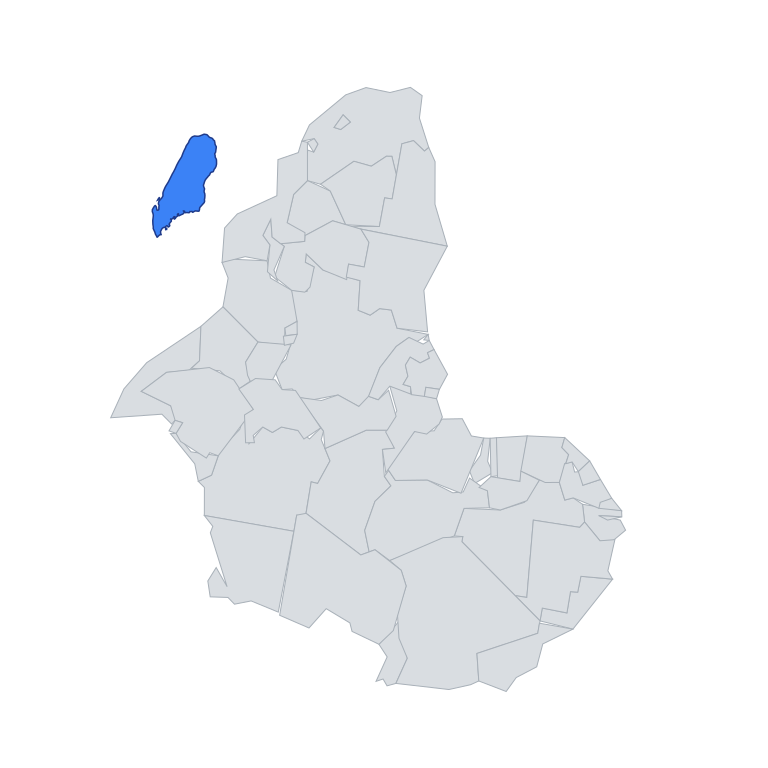 Madagascar highlighted on a map of Africa, rotated 190°
{"feature_id": "MDG", "entity_name": "Madagascar", "entity_type": "country or territory", "adm_level": 0, "iso_a3": "MDG", "parent_name": "Africa", "parent_adm1": "", "projection": "mercator", "projection_center": [46.989, -18.825], "detail": "fine", "context": "in_parent", "style": "filled", "palette": "blue", "viewbox_px": 768, "rotation_deg": 190, "n_neighbors": 49, "source": "natural_earth", "source_scale": "50m", "svg_char_len": 13407}
<svg xmlns="http://www.w3.org/2000/svg" viewBox="0 0 768 768"><g transform="rotate(190 384 384)"><path d="M515.4,403.4L556.0,432.0L555.9,461.3L564.6,475.6L558.5,480.1L520.5,485.0L514.2,468.6L491.2,460.2L482.6,446.2L480.5,430.6L491.3,421.9L488.8,404.8L515.4,403.4Z" fill="#d9dde1" stroke="#a8b0b8" stroke-width="1"/><path d="M189.2,177.8L189.2,190.8L164.1,190.3L164.3,211.9L157.1,212.6L156.7,228.8L125.0,231.5L155.4,175.4L189.2,177.8Z" fill="#d9dde1" stroke="#a8b0b8" stroke-width="1"/><path d="M480.5,430.6L491.2,460.2L475.9,461.7L473.1,487.1L482.6,490.1L483.2,498.6L463.8,485.6L425.5,481.6L422.2,452.1L409.6,449.4L401.4,457.5L389.6,458.1L380.8,441.2L349.1,440.5L359.9,430.6L367.5,434.2L378.4,423.2L390.9,399.4L397.8,363.9L404.9,357.5L427.4,365.2L452.2,355.8L465.4,356.0L473.5,363.2L483.4,360.8L494.5,379.2L484.6,391.5L480.5,430.6Z" fill="#d9dde1" stroke="#a8b0b8" stroke-width="1"/><path d="M574.3,409.0L569.7,374.8L578.5,363.6L600.2,357.7L621.8,334.6L590.3,325.5L581.7,314.7L586.2,307.7L597.5,315.7L647.3,303.3L639.3,334.0L621.4,363.8L574.3,409.0Z" fill="#d9dde1" stroke="#a8b0b8" stroke-width="1"/><path d="M556.0,432.0L515.4,403.4L524.1,381.5L516.2,363.5L526.1,353.9L547.8,368.5L576.4,366.1L569.7,374.8L574.3,409.0L556.0,432.0Z" fill="#d9dde1" stroke="#a8b0b8" stroke-width="1"/><path d="M443.9,332.9L438.1,329.5L435.4,327.2L436.2,318.4L423.8,298.9L432.1,274.5L438.7,275.0L438.4,239.7L447.2,239.7L447.2,223.3L538.1,223.3L542.9,250.9L550.0,255.9L538.0,264.3L533.6,291.2L518.2,314.2L516.0,329.3L506.6,301.6L495.9,320.6L485.5,316.9L477.6,323.8L460.7,323.3L447.8,317.0L438.7,329.8L443.9,332.9Z" fill="#d9dde1" stroke="#a8b0b8" stroke-width="1"/><path d="M438.3,243.1L438.7,275.0L432.1,274.5L423.8,298.9L430.9,310.2L393.4,335.5L372.8,339.1L362.6,322.6L374.2,319.3L367.6,293.1L359.5,284.9L372.5,266.9L377.6,236.5L369.5,216.1L377.2,211.6L438.3,243.1Z" fill="#d9dde1" stroke="#a8b0b8" stroke-width="1"/><path d="M381.0,624.7L384.6,620.4L397.2,628.8L408.1,623.7L408.1,592.0L415.8,609.6L421.2,608.7L434.3,596.3L452.3,598.1L481.2,569.7L494.7,571.0L500.3,588.7L499.6,601.1L493.5,600.2L490.8,608.8L495.4,613.5L507.2,608.8L502.4,626.2L471.9,662.1L453.2,672.8L428.7,672.1L409.5,680.7L396.5,674.6L395.3,652.0L381.0,624.7ZM477.7,628.0L470.8,627.1L462.6,636.1L471.0,642.0L477.7,628.0Z" fill="#d9dde1" stroke="#a8b0b8" stroke-width="1"/><path d="M477.7,628.0L471.0,642.0L462.6,636.1L470.8,627.1L477.7,628.0Z" fill="#d9dde1" stroke="#a8b0b8" stroke-width="1"/><path d="M494.7,571.0L470.4,564.7L449.3,534.2L462.9,535.8L487.6,516.4L507.4,526.0L505.9,555.0L494.7,571.0Z" fill="#d9dde1" stroke="#a8b0b8" stroke-width="1"/><path d="M481.2,569.7L452.3,598.1L434.3,596.3L421.2,608.7L415.8,609.6L408.1,592.0L408.1,567.7L415.7,567.4L415.9,538.3L449.3,534.2L470.4,564.7L481.2,569.7Z" fill="#d9dde1" stroke="#a8b0b8" stroke-width="1"/><path d="M408.1,567.7L408.1,623.7L397.2,628.8L384.6,620.4L381.0,624.7L372.3,611.8L365.0,569.8L345.6,530.7L447.8,532.9L415.9,538.3L415.7,567.4L408.1,567.7Z" fill="#d9dde1" stroke="#a8b0b8" stroke-width="1"/><path d="M127.7,291.0L120.7,282.0L132.3,268.3L144.1,267.1L162.5,282.9L167.6,300.0L128.0,300.5L126.7,294.5L149.7,291.7L127.7,291.0Z" fill="#d9dde1" stroke="#a8b0b8" stroke-width="1"/><path d="M167.6,300.0L162.5,282.9L166.4,276.8L213.3,275.9L206.3,198.6L218.0,198.4L279.9,242.2L279.9,247.4L288.4,246.6L283.6,275.4L247.6,280.1L225.1,291.9L214.4,316.2L194.2,317.5L185.8,301.1L177.9,304.7L167.6,300.0Z" fill="#d9dde1" stroke="#a8b0b8" stroke-width="1"/><path d="M125.0,231.5L156.7,228.8L157.1,212.6L164.3,211.9L164.1,190.3L189.2,190.8L189.2,177.8L218.0,198.4L206.3,198.6L213.3,275.9L166.4,276.8L162.5,282.9L144.1,267.1L129.6,270.8L131.1,238.9L125.0,231.5Z" fill="#d9dde1" stroke="#a8b0b8" stroke-width="1"/><path d="M276.4,348.1L270.0,349.0L268.5,325.9L261.7,315.5L277.6,301.7L284.8,313.4L276.6,330.7L276.4,348.1Z" fill="#d9dde1" stroke="#a8b0b8" stroke-width="1"/><path d="M369.5,216.1L377.6,236.5L372.5,266.9L359.5,284.9L367.6,293.1L364.4,299.7L356.0,291.0L324.8,297.0L297.4,288.8L287.2,291.5L283.4,306.2L263.6,296.8L258.6,280.4L283.6,275.4L288.4,246.6L347.7,211.1L364.1,219.2L369.5,216.1Z" fill="#d9dde1" stroke="#a8b0b8" stroke-width="1"/><path d="M276.4,348.1L289.2,289.8L324.8,297.0L356.0,291.0L367.4,302.8L345.7,342.5L326.5,346.6L320.9,359.5L300.9,363.4L288.9,348.0L276.4,348.1Z" fill="#d9dde1" stroke="#a8b0b8" stroke-width="1"/><path d="M366.8,296.8L374.2,319.3L362.6,322.6L374.0,337.0L366.7,359.8L377.9,382.9L329.7,378.6L320.8,361.6L322.8,354.1L333.3,342.1L345.7,342.5L366.8,296.8Z" fill="#d9dde1" stroke="#a8b0b8" stroke-width="1"/><path d="M262.6,311.3L270.0,349.0L263.9,350.6L255.4,313.6L262.6,311.3Z" fill="#d9dde1" stroke="#a8b0b8" stroke-width="1"/><path d="M255.9,311.2L263.9,350.6L233.9,357.8L233.2,311.6L255.9,311.2Z" fill="#d9dde1" stroke="#a8b0b8" stroke-width="1"/><path d="M194.2,317.5L208.2,315.0L234.1,321.9L233.9,357.8L196.7,362.6L197.8,352.3L189.9,346.5L194.2,317.5Z" fill="#d9dde1" stroke="#a8b0b8" stroke-width="1"/><path d="M150.8,298.9L177.9,304.7L185.8,301.1L194.2,317.5L192.3,337.0L185.2,339.9L181.0,330.4L175.3,331.9L170.6,318.8L154.3,327.6L139.9,311.0L150.8,298.9Z" fill="#d9dde1" stroke="#a8b0b8" stroke-width="1"/><path d="M128.0,300.5L150.8,298.9L150.5,305.0L139.9,311.0L128.0,300.5Z" fill="#d9dde1" stroke="#a8b0b8" stroke-width="1"/><path d="M191.1,337.1L189.9,346.5L197.8,352.3L196.7,362.6L168.1,344.0L177.4,331.5L185.2,339.9L191.1,337.1Z" fill="#d9dde1" stroke="#a8b0b8" stroke-width="1"/><path d="M154.3,327.6L170.6,318.8L177.4,331.5L168.1,344.0L154.3,327.6Z" fill="#d9dde1" stroke="#a8b0b8" stroke-width="1"/><path d="M214.4,316.2L223.0,293.9L247.6,280.1L258.6,280.4L263.6,296.8L272.4,298.6L262.6,311.3L233.2,311.6L234.1,321.9L214.4,316.2Z" fill="#d9dde1" stroke="#a8b0b8" stroke-width="1"/><path d="M465.4,356.0L442.7,356.9L427.4,365.2L404.9,357.5L397.1,369.2L387.0,367.5L378.4,378.7L366.5,354.3L372.8,339.1L393.4,335.5L430.9,310.2L435.4,327.2L465.4,356.0Z" fill="#d9dde1" stroke="#a8b0b8" stroke-width="1"/><path d="M397.1,369.2L390.9,399.4L378.4,423.2L367.5,434.2L352.4,430.1L347.0,434.7L340.7,426.6L346.6,422.4L343.7,417.3L352.1,411.0L362.9,415.0L366.2,406.3L361.8,395.8L365.1,386.9L357.5,386.0L355.9,378.7L377.9,382.9L387.0,367.5L397.1,369.2Z" fill="#d9dde1" stroke="#a8b0b8" stroke-width="1"/><path d="M342.1,378.8L355.0,378.3L357.5,386.0L365.1,386.9L361.8,395.8L366.2,406.3L362.9,415.0L352.1,411.0L343.7,417.3L346.6,422.4L340.7,426.6L323.1,404.6L328.5,388.4L342.2,388.0L342.1,378.8Z" fill="#d9dde1" stroke="#a8b0b8" stroke-width="1"/><path d="M329.7,378.6L342.1,378.8L342.2,388.0L328.5,388.4L329.7,378.6Z" fill="#d9dde1" stroke="#a8b0b8" stroke-width="1"/><path d="M491.2,460.2L510.3,470.6L506.1,502.2L510.2,504.2L486.9,510.7L487.6,516.4L462.9,535.8L433.6,532.5L423.4,520.9L423.8,495.8L439.7,495.9L438.9,480.3L463.8,485.6L483.2,498.6L482.6,490.1L473.1,487.1L473.7,466.6L477.9,460.7L491.2,460.2Z" fill="#d9dde1" stroke="#a8b0b8" stroke-width="1"/><path d="M506.7,467.1L518.3,474.3L520.5,501.1L529.1,509.3L524.1,526.7L519.7,509.3L506.1,502.2L512.2,477.2L506.7,467.1Z" fill="#d9dde1" stroke="#a8b0b8" stroke-width="1"/><path d="M520.5,485.0L542.8,485.3L564.6,475.6L568.1,509.9L558.0,526.0L522.2,550.8L527.4,586.6L508.6,597.0L507.2,608.8L501.4,608.8L494.7,571.0L505.9,555.0L507.4,526.0L488.1,519.3L486.9,510.7L510.2,504.2L519.7,509.3L524.1,526.7L529.1,509.3L520.5,501.1L520.5,485.0Z" fill="#d9dde1" stroke="#a8b0b8" stroke-width="1"/><path d="M501.4,608.8L495.4,613.5L490.8,608.8L493.5,600.2L501.4,608.8Z" fill="#d9dde1" stroke="#a8b0b8" stroke-width="1"/><path d="M347.0,434.7L352.5,434.4L349.1,440.5L347.0,434.7ZM350.1,442.9L380.8,441.2L389.6,458.1L401.4,457.5L409.6,449.4L422.2,452.1L425.5,481.6L439.7,482.7L439.7,495.9L423.8,495.8L423.4,520.9L433.6,532.5L345.6,530.7L361.0,483.2L350.1,442.9Z" fill="#d9dde1" stroke="#a8b0b8" stroke-width="1"/><path d="M489.1,414.6L491.3,421.9L480.5,430.6L478.1,417.9L489.1,414.6Z" fill="#d9dde1" stroke="#a8b0b8" stroke-width="1"/><path d="M126.7,294.5L140.2,288.8L149.7,291.7L126.7,294.5Z" fill="#d9dde1" stroke="#a8b0b8" stroke-width="1"/><path d="M328.4,152.3L313.4,118.0L320.3,91.2L328.6,87.3L333.7,93.3L340.2,89.8L333.5,115.8L343.8,126.8L328.4,152.3Z" fill="#d9dde1" stroke="#a8b0b8" stroke-width="1"/><path d="M189.2,177.8L189.3,165.2L245.7,134.8L239.1,108.0L246.5,102.9L267.0,94.4L320.3,91.2L313.4,118.0L325.1,136.2L330.9,160.1L327.1,188.9L334.7,203.5L347.7,211.1L299.2,242.9L279.9,247.4L279.9,242.2L189.2,177.8Z" fill="#d9dde1" stroke="#a8b0b8" stroke-width="1"/><path d="M534.8,284.5L538.0,264.3L550.0,255.9L556.5,272.5L585.7,298.0L580.2,299.3L562.3,283.7L534.8,284.5Z" fill="#d9dde1" stroke="#a8b0b8" stroke-width="1"/><path d="M155.4,175.4L182.5,155.6L184.5,132.0L202.8,117.9L210.3,102.4L239.1,108.0L245.7,134.8L189.3,165.2L189.4,175.4L155.4,175.4Z" fill="#d9dde1" stroke="#a8b0b8" stroke-width="1"/><path d="M538.1,223.3L447.2,223.3L448.5,141.0L477.2,147.3L493.0,141.2L500.6,146.7L518.2,144.2L523.3,159.4L517.4,174.1L503.3,157.1L529.2,207.3L527.9,214.1L538.1,223.3Z" fill="#d9dde1" stroke="#a8b0b8" stroke-width="1"/><path d="M446.6,138.1L447.2,239.7L438.3,243.1L377.2,211.6L364.1,219.2L334.7,203.5L327.1,188.9L332.0,142.8L343.8,126.8L372.5,134.8L376.1,142.8L401.9,152.7L415.5,130.7L446.6,138.1Z" fill="#d9dde1" stroke="#a8b0b8" stroke-width="1"/><path d="M621.8,334.6L600.2,357.7L558.8,369.9L532.7,362.0L508.2,336.3L534.8,284.5L543.7,286.1L546.1,280.2L574.4,292.1L580.2,299.3L575.6,310.9L583.4,311.9L590.3,325.5L621.8,334.6Z" fill="#d9dde1" stroke="#a8b0b8" stroke-width="1"/><path d="M580.2,299.3L587.6,300.5L583.4,311.9L575.6,310.9L580.2,299.3Z" fill="#d9dde1" stroke="#a8b0b8" stroke-width="1"/><path d="M515.4,403.4L482.3,406.4L495.1,367.1L516.2,363.5L519.9,368.9L524.1,381.5L515.4,403.4Z" fill="#d9dde1" stroke="#a8b0b8" stroke-width="1"/><path d="M488.8,404.8L491.4,413.6L478.1,417.9L480.1,408.5L488.8,404.8Z" fill="#d9dde1" stroke="#a8b0b8" stroke-width="1"/><path d="M491.9,369.2L483.4,360.8L470.1,362.3L438.7,329.8L453.3,315.9L460.7,323.3L477.6,323.8L485.5,316.9L495.9,320.6L503.9,310.7L501.4,303.7L510.1,302.1L516.0,329.3L508.2,336.3L526.1,353.9L511.5,367.1L491.9,369.2Z" fill="#d9dde1" stroke="#a8b0b8" stroke-width="1"/><path d="M635.2,492.1L635.6,492.9L636.0,493.7L637.3,495.6L637.8,496.3L638.3,497.1L638.5,498.7L639.3,501.1L640.1,504.7L640.3,508.5L640.5,510.2L641.1,511.8L642.1,513.5L642.4,515.4L641.8,517.3L641.0,519.2L640.8,519.5L640.3,520.0L640.2,520.0L639.5,519.5L638.9,518.7L638.2,516.9L637.9,516.0L637.6,515.8L636.8,515.9L636.2,516.5L636.1,516.8L636.2,517.9L636.4,518.8L636.5,519.7L636.5,520.9L636.8,521.3L637.1,521.6L637.5,522.3L637.5,524.2L637.3,525.1L636.7,525.9L636.7,526.3L637.0,526.8L636.8,527.1L636.0,527.4L635.6,527.7L635.2,528.5L634.5,530.2L634.4,531.1L634.9,533.7L634.7,535.5L633.9,539.0L633.4,540.7L632.6,542.7L631.5,545.4L630.5,548.7L629.5,552.1L628.9,554.2L628.1,556.3L627.0,559.9L626.1,563.6L624.8,567.6L622.9,572.2L622.7,572.8L622.3,575.1L621.9,577.1L621.4,579.2L620.4,582.5L620.3,583.5L620.0,584.5L619.0,586.6L618.6,587.4L618.3,588.2L618.2,589.3L617.9,590.3L617.1,592.2L616.0,593.8L615.3,594.4L613.7,595.3L612.9,595.4L611.1,595.5L609.3,595.9L607.5,596.9L605.7,598.0L605.1,598.5L604.3,598.8L602.0,598.8L601.3,598.6L599.0,596.8L598.1,596.5L596.4,596.3L595.9,596.1L595.4,595.9L594.7,595.0L593.4,594.2L593.1,594.0L592.9,593.4L592.7,592.8L592.4,592.2L592.1,591.0L591.6,590.1L590.4,588.6L590.3,588.1L590.2,586.5L590.2,585.4L590.1,583.4L590.2,582.5L590.7,581.6L590.5,580.7L590.0,579.8L589.8,578.8L589.5,577.9L588.2,576.3L587.9,575.5L587.7,574.7L587.2,572.1L587.1,571.2L587.2,569.3L587.4,568.4L587.7,567.7L587.8,567.2L588.0,566.8L588.3,566.4L588.5,566.0L589.0,563.6L589.6,563.1L590.5,562.8L591.3,562.2L591.7,561.3L592.1,559.6L593.3,557.9L593.7,557.0L594.6,555.6L595.5,553.7L595.7,552.8L595.9,551.9L596.1,549.9L596.3,548.9L596.2,547.9L595.7,546.8L594.6,545.0L594.6,544.7L594.7,543.3L594.6,542.3L594.2,541.3L593.6,540.4L593.1,538.6L592.8,535.8L592.9,534.7L592.7,533.8L592.4,532.9L592.6,531.4L596.0,525.9L596.1,525.3L596.0,523.6L596.1,522.6L596.2,522.2L596.4,522.0L597.0,521.9L599.8,521.7L600.1,521.5L600.8,521.1L601.7,520.2L602.2,519.9L602.5,520.0L602.8,520.4L603.1,520.6L604.2,520.2L604.6,520.2L605.0,520.2L605.2,519.9L605.4,519.4L605.5,519.0L605.8,518.8L607.2,518.7L608.1,518.6L609.3,518.2L609.6,518.3L610.5,519.5L610.8,519.6L611.2,519.7L611.5,519.5L610.7,518.8L610.6,518.4L610.6,518.0L611.1,517.1L611.7,516.4L613.3,515.4L614.9,514.2L615.3,514.1L615.7,514.3L616.0,515.7L616.0,515.9L616.2,516.0L616.5,515.8L616.8,515.2L616.8,514.7L616.6,514.3L616.5,513.9L616.5,513.5L617.3,512.7L617.9,511.9L618.2,510.9L618.5,510.5L619.1,510.0L619.3,510.1L619.5,510.5L619.6,510.9L619.4,511.3L619.2,511.7L619.1,512.3L619.4,512.4L619.8,512.3L620.3,511.3L620.9,510.3L621.3,509.8L621.7,509.5L622.4,509.5L623.2,509.7L622.0,508.7L621.7,507.4L623.1,505.0L623.1,504.5L623.3,504.3L623.4,504.1L622.7,503.3L622.5,502.9L622.6,502.3L623.0,501.8L623.3,501.4L623.7,501.2L624.1,501.5L624.9,502.1L625.4,502.2L626.0,501.6L626.5,500.8L627.3,500.2L628.2,499.9L629.5,498.7L630.4,496.0L630.5,495.3L630.3,494.4L630.0,493.5L629.4,492.4L629.6,492.2L630.3,492.3L630.6,492.1L631.4,491.2L632.7,489.3L633.1,489.3L633.5,489.7L633.6,490.2L633.9,490.6L634.8,491.4L635.2,492.1ZM626.0,499.4L626.1,499.7L625.0,499.6L624.9,498.6L625.4,498.6L625.5,498.2L625.8,498.1L626.1,499.0L626.0,499.4ZM638.3,527.5L637.4,529.0L637.6,527.7L638.6,526.0L638.9,525.8L638.3,527.5Z" fill="#3b82f6" stroke="#1e3a8a" stroke-width="1.5"/></g></svg>